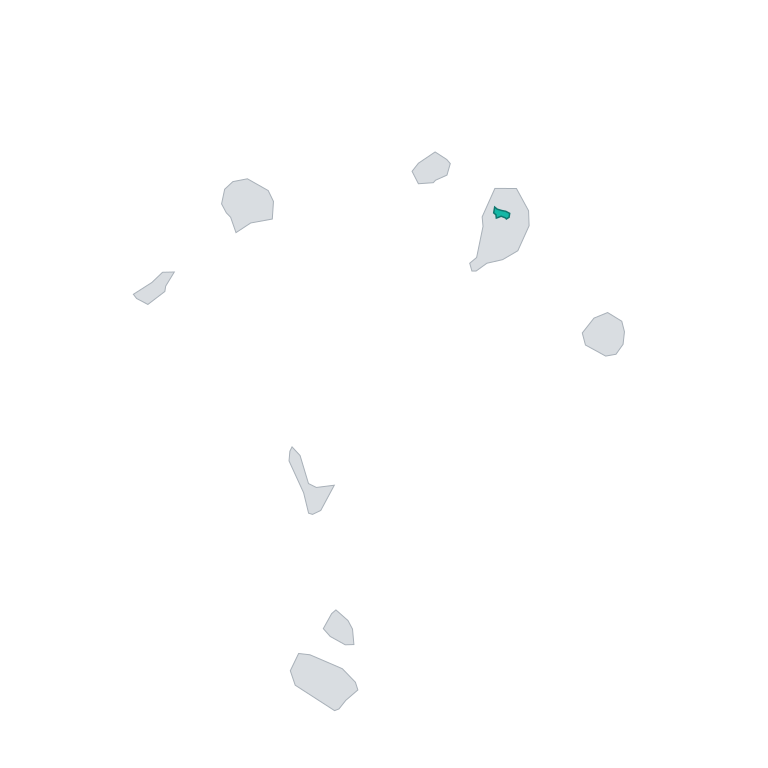 location of São Lourenço dos Órgãos within Cabo Verde, rotated 238°
{"feature_id": "CPV-5050", "entity_name": "São Lourenço dos Órgãos", "entity_type": "state/province", "adm_level": 1, "iso_a3": "CPV", "parent_name": "Cabo Verde", "parent_adm1": "", "projection": "albers", "projection_center": [-23.579, 15.047], "detail": "fine", "context": "in_parent", "style": "filled", "palette": "teal", "viewbox_px": 768, "rotation_deg": 238, "n_neighbors": 0, "source": "natural_earth", "source_scale": "10m", "svg_char_len": 1452}
<svg xmlns="http://www.w3.org/2000/svg" viewBox="0 0 768 768"><g transform="rotate(238 384 384)"><path d="M491.1,581.7L479.6,599.9L454.3,598.4L441.3,590.9L426.1,568.1L426.6,550.5L431.9,535.2L431.0,521.9L433.2,518.4L441.0,520.7L442.2,529.6L465.2,551.5L473.7,555.8L491.1,581.7ZM164.6,197.8L146.2,201.7L138.4,199.7L136.0,184.0L132.3,173.6L133.2,169.0L175.6,149.1L190.5,152.6L200.7,168.8L193.6,177.7L164.6,197.8ZM590.8,338.7L606.7,342.3L612.7,341.0L622.8,341.7L633.6,352.1L635.7,363.1L630.4,376.9L609.4,388.3L597.4,387.0L583.1,376.7L591.2,356.3L590.8,338.7ZM326.1,611.5L311.2,618.9L300.9,615.6L291.0,607.8L286.3,596.5L290.2,586.8L310.3,575.5L322.2,579.2L328.6,597.0L326.1,611.5ZM369.1,262.7L376.9,268.6L379.4,272.7L367.8,274.9L339.6,267.2L332.1,271.8L324.5,288.2L310.3,263.4L311.3,254.3L314.4,251.6L334.3,258.2L369.1,262.7ZM541.1,556.2L535.8,557.0L527.8,548.1L529.5,535.7L528.6,532.5L535.6,519.3L549.5,520.5L553.0,530.2L553.7,550.3L541.1,556.2ZM217.9,223.5L202.4,228.1L192.8,227.4L179.0,220.4L183.4,212.9L198.4,204.6L208.7,202.9L217.0,217.9L217.9,223.5ZM596.1,255.4L590.1,265.5L582.7,250.7L578.6,247.2L576.6,225.9L587.6,219.5L592.9,219.0L593.1,241.0L596.1,255.4Z" fill="#d9dde1" stroke="#a8b0b8" stroke-width="1"/><path d="M459.1,575.2L460.4,575.1L464.2,572.3L464.8,568.8L465.2,567.2L468.2,568.6L471.0,567.7L475.4,571.6L472.2,572.7L468.7,575.8L465.9,578.8L462.1,581.0L459.1,578.4L459.1,575.2Z" fill="#14b8a6" stroke="#0f766e" stroke-width="1.5"/></g></svg>